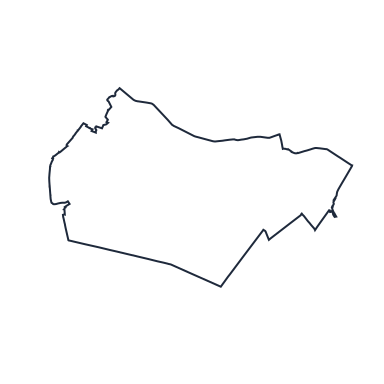 the district of Kaag en Braassem, Zuid-Holland, Netherlands, rotated 26°
{"feature_id": "6326949B3369554265068", "entity_name": "Kaag en Braassem", "entity_type": "district", "adm_level": 2, "iso_a3": "NLD", "parent_name": "Netherlands", "parent_adm1": "Zuid-Holland", "projection": "albers", "projection_center": [4.616, 52.193], "detail": "fine", "context": "isolated", "style": "outline", "palette": "slate", "viewbox_px": 384, "rotation_deg": 26, "n_neighbors": 0, "source": "geoboundaries", "source_scale": "gbopen_adm2", "svg_char_len": 5448}
<svg xmlns="http://www.w3.org/2000/svg" viewBox="0 0 384 384"><g transform="rotate(26 192 192)"><path d="M245.4,101.8L244.4,102.8L244.3,102.7L243.2,103.9L242.9,104.2L242.5,104.6L242.1,105.0L241.8,105.3L238.9,108.3L238.0,109.2L237.6,109.5L236.9,109.8L236.3,110.1L229.6,112.3L228.8,112.6L228.0,113.0L226.8,113.6L221.6,116.9L220.8,117.5L219.6,118.6L218.1,120.0L217.4,120.5L215.4,122.0L213.4,123.3L210.6,125.3L209.1,125.8L207.7,126.1L207.1,126.1L205.7,126.8L204.9,127.3L203.6,128.1L203.4,128.2L199.6,130.7L198.7,131.3L197.0,132.5L192.8,135.1L190.6,136.5L190.1,136.7L189.5,136.9L189.2,137.0L188.5,137.2L188.1,137.3L184.9,137.9L184.0,138.1L183.4,138.2L180.3,138.8L174.0,140.0L171.1,140.6L169.7,140.8L168.9,140.8L152.2,140.5L146.4,140.6L146.1,140.5L145.5,140.4L144.8,140.4L138.6,137.8L119.4,130.5L118.7,130.4L118.2,130.3L117.7,130.2L117.2,130.2L116.3,130.3L115.6,130.5L112.1,131.5L103.9,134.1L103.4,134.3L101.7,134.7L101.2,134.8L100.7,134.8L99.4,134.8L98.7,134.7L81.4,130.4L81.3,130.7L81.1,131.6L80.8,132.4L80.3,133.2L80.1,133.6L80.0,134.1L79.6,135.8L79.6,136.4L79.6,136.6L79.9,137.3L80.2,137.8L80.5,138.2L80.6,138.4L80.6,138.8L80.6,139.3L80.4,139.6L80.1,140.0L79.6,140.3L79.3,140.6L78.8,140.2L78.5,140.4L77.7,141.0L76.8,142.2L76.6,142.6L76.2,142.9L76.0,143.5L75.8,144.7L75.5,145.4L75.4,145.8L75.4,146.1L75.4,146.4L75.5,146.5L75.9,146.8L76.3,147.0L76.9,147.1L77.4,147.2L82.2,150.9L81.2,154.6L80.8,154.6L80.6,154.7L80.5,154.9L80.5,155.0L80.9,155.0L81.0,159.5L81.2,162.3L81.5,162.6L82.0,162.7L82.3,162.8L83.0,163.3L84.0,163.6L84.7,164.0L84.5,166.6L86.2,166.6L85.7,167.7L85.4,168.6L84.9,169.1L83.0,170.7L83.2,174.2L77.2,175.0L77.2,176.1L76.8,176.1L76.7,176.2L76.7,176.3L76.9,176.7L77.0,176.8L77.2,177.3L78.8,178.2L79.0,178.7L79.0,179.0L78.9,179.2L78.9,179.4L79.0,179.9L79.3,180.4L79.5,180.8L76.8,181.0L76.4,181.1L76.2,181.1L75.0,181.2L75.1,179.3L73.6,179.5L71.9,179.5L71.9,179.3L71.2,179.4L68.0,179.3L68.1,177.9L64.3,177.8L63.4,181.8L63.5,182.1L62.5,187.0L62.3,187.0L62.4,187.4L62.3,187.6L61.8,189.7L61.6,190.6L61.6,190.8L61.7,190.7L61.6,191.5L61.5,191.8L61.4,192.3L61.2,193.2L60.9,194.0L60.9,195.2L61.0,195.6L58.7,203.8L58.7,204.6L58.7,204.9L59.3,205.3L59.5,205.4L59.8,205.4L59.6,205.7L59.2,206.8L58.6,208.0L56.3,213.2L55.8,214.2L55.5,214.6L54.9,214.4L54.9,214.6L55.1,215.0L54.5,216.0L53.1,219.0L52.0,220.7L51.7,220.9L51.7,221.0L51.9,221.2L51.8,222.8L51.6,222.9L51.6,223.0L52.5,222.9L52.6,223.7L52.7,223.9L52.8,224.1L52.8,224.4L52.7,225.8L52.7,226.5L52.9,228.5L52.9,228.8L52.9,229.3L52.9,229.8L53.0,230.1L53.3,231.4L53.5,231.4L53.5,231.7L53.7,232.2L53.8,232.7L53.9,232.9L54.1,233.2L55.8,237.8L56.4,239.3L56.8,240.3L57.3,241.6L57.7,242.4L58.5,243.9L59.2,245.2L60.7,247.8L61.4,249.2L61.5,249.1L65.7,256.3L65.8,256.4L65.9,256.6L66.0,256.6L66.2,256.9L66.1,257.0L68.0,260.2L69.3,261.9L70.3,263.1L70.6,263.3L71.5,263.3L72.5,263.7L73.0,263.6L74.2,263.0L75.1,262.4L76.9,260.8L77.7,260.2L78.4,259.6L79.8,258.7L80.7,258.2L82.0,257.6L82.4,257.4L82.7,257.1L83.2,256.7L83.5,256.3L83.8,255.9L84.5,254.8L87.2,256.4L85.3,259.4L84.3,261.2L85.0,261.5L84.6,262.1L84.6,262.9L84.7,263.1L84.7,263.3L84.6,263.7L85.0,263.6L87.1,267.2L87.4,267.7L87.5,267.9L87.4,267.9L87.3,268.1L86.4,268.7L86.0,269.1L86.9,270.5L87.3,271.1L87.7,271.5L89.0,273.1L90.8,275.4L92.0,276.8L92.6,277.7L93.0,278.2L93.9,279.4L98.4,285.0L99.2,286.0L101.0,288.2L102.0,289.5L102.3,289.6L104.7,289.0L107.9,288.3L110.1,287.8L118.9,285.8L132.3,282.6L144.1,280.0L146.2,279.5L150.5,278.5L152.3,278.1L153.0,277.9L153.7,277.8L156.7,277.1L158.1,276.8L159.9,276.4L166.1,275.0L166.7,274.8L168.2,274.5L169.9,274.1L170.1,274.1L182.1,271.4L191.5,269.4L197.3,268.0L201.0,267.2L202.7,266.9L203.8,266.6L204.8,266.4L223.1,265.8L259.4,264.5L261.5,252.4L262.0,250.1L262.1,249.7L264.0,239.8L265.3,233.0L266.0,229.3L272.6,195.6L272.7,194.7L274.6,194.9L275.0,195.0L275.5,195.3L279.0,198.5L282.1,201.3L282.9,199.4L294.1,176.8L299.1,166.8L299.9,165.3L299.9,164.1L300.0,163.6L300.1,163.3L300.5,163.5L301.3,163.9L303.3,164.6L304.7,165.3L306.7,166.3L308.9,167.4L311.4,168.4L313.2,169.3L318.2,171.4L318.7,171.9L318.9,171.9L319.3,172.3L319.8,168.5L321.3,159.5L322.9,150.1L323.4,147.5L323.5,147.9L323.7,148.0L323.7,148.5L323.8,148.6L323.9,149.1L324.8,149.5L325.4,149.1L325.7,148.8L325.7,148.2L326.0,147.8L327.6,148.9L327.7,149.1L328.2,149.6L328.5,150.1L328.8,150.4L329.6,151.0L331.0,151.8L331.3,151.3L331.3,151.2L331.7,150.9L332.0,151.2L332.4,150.9L331.2,150.1L329.8,149.1L329.3,148.7L328.9,148.7L326.1,146.4L325.8,146.0L325.8,145.9L324.7,144.8L324.8,144.7L324.7,144.5L324.5,144.1L325.0,143.5L324.5,143.0L324.4,143.0L324.4,142.9L324.7,141.5L324.7,141.0L324.7,140.7L324.6,140.4L323.9,139.7L323.7,139.4L323.5,139.0L323.5,138.8L323.7,136.1L323.7,135.7L323.0,136.2L323.4,133.1L323.5,132.2L323.5,131.7L322.9,130.0L322.5,128.5L322.4,127.9L322.4,126.6L322.4,125.1L322.9,118.2L323.5,110.8L324.4,98.9L324.4,98.5L324.3,98.2L324.2,98.2L324.2,97.9L323.6,98.0L322.8,97.9L319.4,97.5L310.2,96.3L307.4,96.0L302.0,95.3L298.1,94.8L295.9,94.5L295.0,94.4L294.2,94.5L293.2,94.9L289.3,96.2L287.5,96.8L286.2,97.3L284.3,98.0L283.7,98.3L283.3,98.6L283.0,98.8L281.2,100.4L280.0,101.6L277.0,104.4L275.1,106.0L271.5,109.4L270.2,110.6L269.8,110.5L269.7,110.6L269.1,111.3L268.7,111.6L268.2,111.8L267.3,112.1L266.6,112.2L266.0,112.2L265.1,112.3L264.0,112.4L263.7,112.3L263.7,112.0L259.5,111.4L259.2,111.9L256.8,112.3L256.5,112.5L255.2,112.9L254.9,113.2L254.7,113.4L253.0,111.2L252.4,110.3L249.7,106.7L245.4,101.8Z" fill="none" stroke="#1e293b" stroke-width="2"/></g></svg>